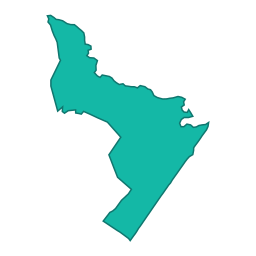 Torres, Rio Grande do Sul, Brazil
{"feature_id": "56859067B2834526967114", "entity_name": "Torres", "entity_type": "district", "adm_level": 2, "iso_a3": "BRA", "parent_name": "Brazil", "parent_adm1": "Rio Grande do Sul", "projection": "albers", "projection_center": [-49.804, -29.33], "detail": "fine", "context": "isolated", "style": "filled", "palette": "teal", "viewbox_px": 256, "rotation_deg": 0, "n_neighbors": 0, "source": "geoboundaries", "source_scale": "gbopen_adm2", "svg_char_len": 1942}
<svg xmlns="http://www.w3.org/2000/svg" viewBox="0 0 256 256"><path d="M140.2,85.6L137.4,87.9L134.6,86.8L131.0,86.7L128.0,86.2L125.3,85.9L123.0,83.8L119.2,84.5L116.2,82.6L114.0,80.8L111.9,78.0L109.4,76.5L106.6,75.9L102.2,75.0L100.1,77.4L97.4,76.0L94.3,72.6L96.1,70.2L95.9,65.5L97.4,60.6L93.9,58.0L89.6,57.7L86.8,55.7L88.5,53.2L88.1,50.3L91.1,49.2L90.9,46.1L88.1,44.6L85.2,44.1L84.6,40.4L84.6,37.0L83.8,32.9L81.5,30.6L79.0,28.6L76.8,26.6L74.4,24.7L70.7,24.6L67.0,23.6L62.7,20.8L58.8,19.7L56.1,19.4L53.9,17.5L50.7,15.4L47.4,15.8L48.8,18.9L48.0,22.0L50.5,25.0L52.3,30.9L54.1,35.5L55.8,38.9L57.2,42.4L59.2,58.0L60.5,60.3L50.9,80.0L50.9,86.1L57.7,111.1L62.6,106.9L62.3,111.5L64.5,113.2L68.2,110.7L75.6,109.9L75.7,113.0L78.7,113.5L81.3,114.1L83.6,111.4L90.0,114.2L97.4,117.7L107.4,122.1L120.8,137.2L108.9,154.8L114.2,168.6L115.3,171.4L117.6,177.3L131.4,189.3L128.4,193.9L121.5,200.3L115.6,208.5L112.7,211.0L109.9,212.4L103.2,221.1L117.3,230.5L120.0,232.1L125.8,236.4L128.6,238.5L130.2,240.6L133.7,235.7L135.3,233.6L137.0,231.0L138.5,228.4L140.4,225.9L143.2,221.8L145.0,219.2L147.3,215.8L149.2,213.1L151.1,210.3L153.7,206.5L156.2,202.9L158.8,199.1L161.3,195.5L163.1,193.1L165.3,189.9L167.0,187.5L168.7,185.0L170.5,183.0L172.1,180.2L174.5,176.8L176.8,173.6L179.1,170.3L181.0,167.6L183.0,164.8L185.0,161.9L187.2,159.0L189.4,156.6L192.8,154.6L193.6,150.5L193.7,147.7L195.3,145.4L197.7,142.2L200.3,138.5L202.0,135.9L204.5,132.5L206.5,129.8L208.0,126.5L208.6,122.5L205.6,124.5L202.0,124.9L198.9,125.5L196.4,126.9L193.4,127.4L190.6,124.9L186.9,124.1L183.9,126.7L181.0,126.7L179.6,123.2L181.3,119.5L184.1,117.5L188.5,117.5L192.8,116.3L190.7,112.7L188.7,109.6L187.3,112.4L184.1,112.1L182.1,110.0L181.4,107.0L184.2,105.0L183.6,101.8L185.2,99.2L181.7,97.3L178.0,96.5L173.0,97.9L169.6,98.3L166.7,98.9L162.7,99.0L159.6,98.2L157.2,97.5L153.9,95.6L152.2,91.9L150.5,89.7L147.9,89.0L144.9,86.7L140.2,85.6Z" fill="#14b8a6" stroke="#0f766e" stroke-width="1.5"/></svg>